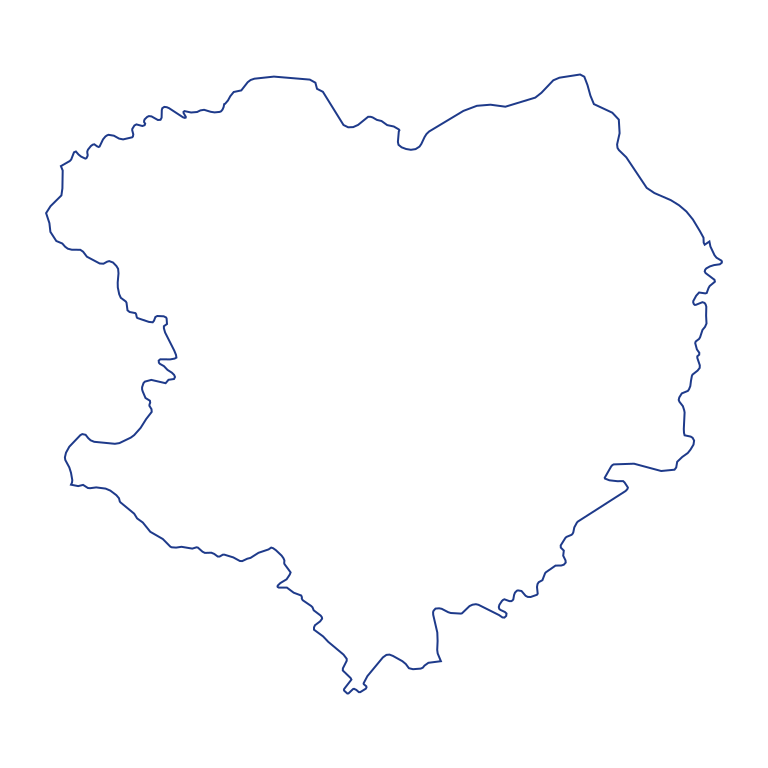 Kharkiv, Albers equal-area conic projection
{"feature_id": "UKR-328", "entity_name": "Kharkiv", "entity_type": "Region", "adm_level": 1, "iso_a3": "UKR", "parent_name": "Ukraine", "parent_adm1": "", "projection": "albers", "projection_center": [36.315, 49.479], "detail": "fine", "context": "isolated", "style": "outline", "palette": "blue", "viewbox_px": 768, "rotation_deg": 0, "n_neighbors": 0, "source": "natural_earth", "source_scale": "10m", "svg_char_len": 6051}
<svg xmlns="http://www.w3.org/2000/svg" viewBox="0 0 768 768"><path d="M580.1,74.5L584.3,76.7L587.5,85.1L590.4,95.6L593.9,104.1L612.3,112.7L618.8,119.6L619.6,133.2L617.1,144.4L617.5,147.9L618.9,150.1L626.3,157.3L646.7,187.9L654.3,193.0L670.9,200.2L679.1,205.3L686.4,211.5L692.9,219.5L700.0,231.3L703.5,237.7L703.7,242.7L704.7,244.7L709.4,241.5L710.4,246.5L714.5,255.2L716.5,257.7L721.5,260.7L721.9,261.6L721.8,262.7L719.8,264.3L714.0,265.1L709.9,266.4L706.3,268.4L705.2,269.7L704.7,271.4L705.6,273.1L714.5,279.8L714.9,281.7L709.7,286.0L708.5,288.1L706.7,293.0L705.3,293.4L699.1,292.5L696.2,295.7L693.3,301.0L693.2,302.4L693.8,304.0L694.7,304.9L695.7,304.9L702.4,302.2L704.5,302.9L705.6,304.4L706.3,306.7L706.1,315.7L706.5,323.5L705.0,326.9L702.5,329.9L700.1,337.2L699.1,338.9L695.7,341.5L695.2,343.1L696.9,349.4L699.3,352.8L699.2,354.7L697.3,356.3L697.3,357.9L699.8,365.3L699.7,367.9L697.6,370.6L692.5,374.6L691.9,375.9L691.0,380.7L690.3,386.1L689.0,389.3L687.9,390.9L681.8,393.4L679.3,397.4L678.7,399.9L679.4,401.7L682.9,406.2L684.2,410.3L684.6,412.5L683.8,429.0L684.0,432.9L684.6,435.3L690.7,436.6L692.6,437.8L694.1,440.6L693.5,444.6L690.5,449.6L687.8,453.0L682.2,457.0L677.2,461.8L676.2,467.5L674.5,469.7L661.2,471.0L634.0,463.7L613.7,464.4L612.4,465.1L611.2,466.4L604.7,477.8L605.0,478.6L609.4,480.3L617.4,481.2L623.1,481.1L624.6,482.5L627.5,486.9L627.9,487.7L627.3,489.2L625.6,491.0L577.8,521.6L576.9,522.6L574.3,527.4L573.3,532.3L572.7,533.6L571.6,534.8L566.5,536.9L565.4,537.9L560.7,545.4L560.8,547.6L563.8,550.6L563.2,555.7L565.5,560.4L565.7,562.6L563.8,564.7L561.3,565.5L555.5,565.6L546.0,572.2L545.1,573.2L542.4,580.2L538.7,582.2L537.5,584.1L537.0,587.0L537.7,593.7L536.9,594.8L530.6,597.0L527.7,596.9L525.6,595.8L521.5,591.0L518.0,590.4L516.9,590.7L515.0,592.6L514.1,594.9L513.3,599.4L512.5,600.4L511.4,601.1L509.3,601.1L504.4,599.3L503.1,599.9L501.9,601.0L499.4,604.8L498.8,607.1L499.2,608.8L500.4,609.9L504.9,612.0L506.5,613.5L506.2,615.9L504.4,617.6L502.4,617.4L499.1,615.1L478.5,604.8L475.9,604.2L472.5,604.7L469.5,606.1L462.0,613.3L460.9,613.6L450.8,613.0L448.2,612.2L441.7,608.8L439.1,608.3L435.5,608.6L433.6,610.7L433.1,612.1L433.2,614.8L437.3,632.5L437.6,641.0L437.2,649.9L437.7,653.5L440.9,661.2L428.4,662.8L424.5,665.6L422.8,667.7L420.7,668.6L413.0,669.2L408.9,668.2L405.8,664.0L402.4,661.2L392.9,655.9L389.5,654.6L386.4,654.9L382.9,657.4L367.4,676.1L363.6,683.3L363.8,684.2L366.3,686.3L366.5,687.4L365.8,688.7L360.3,692.1L358.8,692.1L356.3,689.9L354.0,688.8L353.0,689.1L348.5,693.4L347.3,693.5L344.2,690.7L343.9,689.9L344.2,688.9L351.4,679.6L350.6,678.0L342.8,670.5L342.9,668.3L346.7,660.8L346.7,658.8L343.5,654.6L328.3,641.9L323.1,636.4L314.0,629.7L314.0,627.4L315.0,625.2L320.1,621.4L322.1,618.7L321.9,617.3L320.7,615.6L313.7,610.3L312.5,607.3L311.2,606.0L302.7,600.2L301.8,598.6L301.9,597.2L301.2,595.5L293.7,592.7L286.9,587.6L278.8,587.6L277.7,587.0L277.5,586.2L278.0,585.3L280.3,583.1L286.6,579.3L289.8,574.5L290.6,572.4L284.5,564.1L284.2,563.1L284.4,560.5L283.5,558.3L281.6,555.6L275.9,550.2L273.1,548.2L271.2,547.6L268.6,549.4L258.5,552.8L250.5,557.9L247.3,558.7L242.2,561.1L239.9,561.0L233.3,557.4L224.5,554.7L222.8,554.7L219.7,556.5L217.7,556.5L214.2,553.9L211.3,552.7L204.9,552.9L202.5,551.7L197.9,547.6L196.5,547.3L192.3,548.6L181.5,546.8L176.1,547.6L171.7,547.3L170.4,546.7L162.8,539.0L150.3,531.8L142.8,522.5L137.1,518.4L134.2,513.7L120.5,502.4L119.8,501.5L119.0,498.3L116.4,495.2L110.3,490.6L105.6,488.6L96.2,487.4L90.1,488.2L87.9,488.0L83.1,484.9L78.2,486.1L71.0,484.7L72.0,482.6L72.3,480.2L71.0,472.8L69.3,467.4L65.3,460.0L64.9,457.4L66.0,452.7L69.3,446.7L80.4,435.1L82.3,434.1L85.6,434.8L88.2,438.1L90.6,440.3L94.2,441.8L114.9,443.8L119.4,443.1L130.8,437.6L134.2,435.1L140.6,427.9L146.2,419.0L151.7,411.9L151.5,409.2L149.4,405.8L149.5,404.4L150.2,402.7L149.9,400.7L145.5,398.0L142.7,391.4L142.1,389.4L142.1,387.2L143.5,383.1L144.9,381.6L151.3,379.9L165.6,383.2L168.5,379.8L174.0,379.0L175.0,377.0L174.1,374.9L171.9,372.7L167.5,369.9L163.9,366.1L159.8,363.8L158.9,362.7L158.7,360.6L160.3,359.3L170.2,359.4L174.6,358.6L176.4,357.6L176.0,354.9L174.2,350.5L165.1,332.5L163.9,328.3L163.9,326.2L167.0,324.0L166.6,318.5L166.1,317.5L163.7,316.3L157.3,316.0L155.4,317.0L154.0,320.7L152.7,322.3L148.9,321.9L137.3,318.0L136.7,317.0L136.1,314.1L135.4,313.1L129.6,312.0L127.5,310.3L126.5,302.7L125.8,301.5L120.8,297.8L119.2,294.2L117.8,287.4L117.7,282.5L118.5,273.4L118.1,268.8L116.4,266.0L113.0,262.5L109.2,261.1L107.1,261.7L103.5,263.7L99.7,263.5L86.9,256.7L83.1,251.7L80.3,249.8L71.7,249.7L67.8,248.7L65.1,246.7L62.3,243.5L56.3,241.0L50.4,231.9L49.4,223.1L46.1,213.1L50.5,206.2L61.4,195.4L62.4,188.4L62.7,170.5L60.9,166.1L69.8,161.0L71.2,159.5L74.0,152.3L75.9,151.5L78.5,154.5L81.1,156.6L85.3,158.6L86.4,158.2L87.5,156.1L87.7,155.0L87.3,152.9L87.3,151.4L88.0,149.6L90.9,146.0L92.7,144.7L94.3,144.3L97.2,146.4L98.7,147.0L99.6,146.5L103.0,139.4L105.4,136.5L107.0,135.4L108.5,134.8L113.9,135.7L119.1,138.6L123.1,139.4L132.2,137.3L132.9,136.5L133.3,134.4L132.2,130.2L132.3,128.9L134.4,125.5L136.4,124.4L142.4,126.0L144.6,125.2L145.2,123.7L144.1,122.1L144.1,120.9L144.6,119.4L147.2,116.9L148.9,116.1L151.5,116.4L157.9,120.0L160.5,119.8L161.6,117.7L161.8,110.0L162.3,108.2L164.3,106.9L166.8,107.2L169.1,108.2L183.0,117.3L184.8,117.9L185.7,117.6L185.8,116.8L183.6,113.1L183.5,111.9L184.5,111.1L191.1,112.5L197.1,112.0L200.4,110.4L204.1,109.8L210.7,111.8L214.6,112.4L219.7,111.9L221.1,111.3L222.5,109.6L223.6,107.1L224.2,104.1L225.1,103.8L228.0,100.4L230.3,96.2L233.7,92.0L241.3,90.4L247.7,82.2L250.6,80.0L254.4,78.7L273.9,76.6L309.8,79.6L315.4,82.7L317.0,88.8L322.9,91.8L343.5,125.0L348.2,127.3L353.2,127.1L358.1,124.9L368.1,116.8L370.6,116.8L372.6,117.4L376.9,119.9L381.5,121.0L387.2,125.1L393.8,126.5L398.8,129.4L399.4,130.2L398.8,131.5L397.9,141.9L398.5,144.8L401.6,147.3L406.1,149.0L410.9,149.8L415.6,149.1L419.5,146.6L421.3,144.0L424.6,137.0L426.5,134.0L429.1,131.5L463.4,110.9L476.9,105.8L490.5,104.7L505.4,106.7L535.3,97.6L541.4,92.8L553.3,80.3L559.4,77.7L580.1,74.5Z" fill="none" stroke="#1e3a8a" stroke-width="2"/></svg>